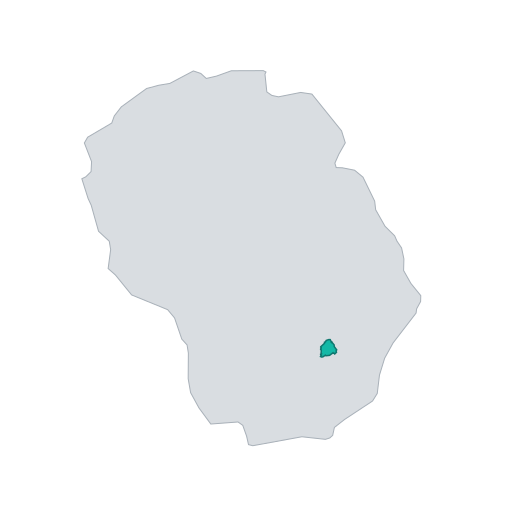 location of Zrnovtsi, Zrnovci, North Macedonia, rotated 76°
{"feature_id": "65306769B51513115302581", "entity_name": "Zrnovtsi", "entity_type": "district", "adm_level": 2, "iso_a3": "MKD", "parent_name": "North Macedonia", "parent_adm1": "Zrnovci", "projection": "equal_earth", "projection_center": [22.434, 41.837], "detail": "fine", "context": "in_parent", "style": "filled", "palette": "teal", "viewbox_px": 512, "rotation_deg": 76, "n_neighbors": 0, "source": "geoboundaries", "source_scale": "gbopen_adm2", "svg_char_len": 1633}
<svg xmlns="http://www.w3.org/2000/svg" viewBox="0 0 512 512"><g transform="rotate(76 256 256)"><path d="M231.6,127.6L240.1,128.7L258.4,123.6L269.9,116.6L275.7,115.6L283.4,112.8L294.6,113.2L305.8,116.3L320.2,112.3L334.3,105.7L340.0,107.3L346.1,112.9L350.1,114.5L373.5,144.0L386.3,155.9L401.4,165.0L418.7,171.6L424.9,178.0L436.0,209.5L441.3,221.4L448.6,225.0L450.4,228.4L450.7,233.0L442.5,255.2L439.3,305.0L437.2,308.9L428.6,308.7L417.1,309.8L412.7,313.6L408.1,340.5L389.6,348.1L372.8,352.5L358.7,351.5L333.8,345.1L325.6,344.4L318.7,348.1L296.4,350.0L286.7,354.7L263.7,386.1L240.4,397.0L232.4,402.5L214.7,395.5L206.2,394.8L193.9,402.8L166.9,403.6L159.6,405.0L138.9,406.3L138.0,402.0L134.2,395.6L124.6,392.7L104.8,395.2L100.0,390.6L92.1,363.8L85.8,359.6L78.7,350.6L67.0,321.6L66.8,309.0L67.7,297.9L61.3,272.0L65.5,265.4L71.7,261.3L71.9,250.9L70.3,235.1L77.9,204.1L79.9,201.8L81.7,203.3L99.4,205.8L104.0,201.8L107.0,195.7L108.1,173.1L112.4,162.6L155.3,142.7L167.8,142.0L177.4,151.1L185.0,157.0L189.6,156.8L191.3,150.9L196.6,139.6L205.4,133.1L231.4,127.6L231.6,127.6Z" fill="#d9dde1" stroke="#a8b0b8" stroke-width="1"/><path d="M366.6,200.4L362.8,202.0L361.2,201.7L359.3,202.6L358.2,203.7L357.9,203.1L356.6,204.0L355.1,204.2L354.7,205.5L354.9,208.3L356.2,209.4L356.2,210.4L357.3,210.7L359.7,215.1L360.7,214.9L361.0,215.5L361.8,215.3L362.5,215.9L363.2,215.4L366.2,216.4L366.7,216.1L367.0,217.1L367.8,217.1L368.2,216.6L369.2,217.7L370.0,216.6L370.0,215.3L369.0,212.7L369.7,212.3L370.2,208.6L368.5,204.7L369.1,204.6L369.2,203.7L370.1,203.3L368.9,201.2L367.5,201.3L366.6,200.4Z" fill="#14b8a6" stroke="#0f766e" stroke-width="1.5"/></g></svg>